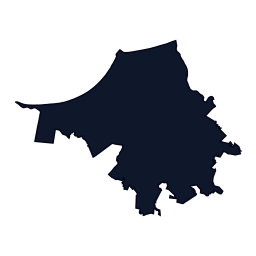 outline of Centla, Tabasco, Mexico
{"feature_id": "50627088B3950990861765", "entity_name": "Centla", "entity_type": "district", "adm_level": 2, "iso_a3": "MEX", "parent_name": "Mexico", "parent_adm1": "Tabasco", "projection": "robinson", "projection_center": [-92.665, 18.354], "detail": "fine", "context": "isolated", "style": "filled", "palette": "ink", "viewbox_px": 256, "rotation_deg": 0, "n_neighbors": 0, "source": "geoboundaries", "source_scale": "gbopen_adm2", "svg_char_len": 5846}
<svg xmlns="http://www.w3.org/2000/svg" viewBox="0 0 256 256"><path d="M175.7,40.7L172.0,41.9L167.0,43.9L150.5,48.6L143.9,50.0L141.5,50.4L133.4,51.9L128.6,52.6L126.0,52.7L124.6,52.7L123.7,52.5L122.7,52.1L121.6,51.2L120.2,50.1L119.8,50.0L116.8,53.6L116.2,54.6L116.7,56.2L116.5,57.1L115.8,58.6L114.6,60.9L114.1,61.7L113.9,62.4L111.8,65.7L110.9,67.8L108.2,71.7L105.9,75.1L101.0,80.8L98.4,83.5L94.4,87.2L91.2,89.7L88.5,91.7L84.7,94.0L84.3,94.2L84.0,94.4L84.0,94.5L83.7,94.5L82.0,95.5L81.3,95.8L78.2,97.3L73.7,99.3L71.8,99.9L69.9,100.7L64.7,102.3L59.4,103.4L52.4,104.2L52.0,104.1L46.2,104.7L45.8,104.7L43.5,104.9L43.2,104.9L42.7,105.0L39.2,105.2L32.7,105.3L28.1,105.1L25.4,104.8L24.0,104.5L22.0,103.9L17.8,102.2L15.4,101.9L18.6,104.0L21.4,106.5L23.0,107.4L23.8,107.6L26.4,106.9L27.7,106.9L28.6,107.3L30.2,108.4L31.1,108.6L31.7,108.5L33.0,107.9L33.7,107.7L35.0,107.6L35.8,107.9L38.3,109.5L40.0,110.8L40.5,111.3L40.7,113.3L40.5,113.5L40.3,113.6L39.1,120.4L37.6,127.3L35.0,141.3L53.0,143.0L55.2,129.3L57.1,129.4L58.2,129.8L59.6,130.0L61.4,132.1L62.7,134.0L63.5,134.3L64.7,134.6L66.1,135.2L66.5,135.5L67.9,137.1L69.0,138.1L69.3,137.7L69.4,136.5L69.2,135.0L69.9,134.7L70.2,134.4L70.9,133.5L71.3,132.6L71.6,132.5L72.2,132.7L72.7,131.8L73.0,131.5L73.5,131.5L75.1,132.7L74.9,133.4L74.4,134.1L74.3,134.5L74.6,135.0L75.2,135.7L75.5,135.8L76.1,135.7L76.8,135.9L77.2,136.2L77.4,136.9L77.8,137.1L78.4,137.2L79.8,137.0L80.8,136.5L81.5,136.0L82.2,136.5L82.4,136.9L82.6,137.8L82.9,138.2L83.9,139.1L85.1,139.7L85.4,140.1L86.2,140.9L86.5,141.6L87.1,142.0L87.2,142.5L87.1,142.9L87.9,143.6L88.3,144.4L88.4,144.7L87.9,145.8L87.9,146.0L88.3,146.4L89.1,146.8L89.1,147.0L91.5,152.9L93.2,157.0L95.5,155.6L112.2,143.2L115.9,144.1L119.4,144.6L123.0,145.2L122.5,148.2L121.2,151.0L119.9,152.7L119.5,154.6L119.2,155.1L118.4,155.9L118.0,156.1L117.2,157.0L116.8,159.5L116.8,160.7L117.7,160.8L117.8,161.8L118.1,163.4L118.1,164.2L114.4,167.8L112.0,170.9L108.7,174.4L111.8,177.2L114.6,178.5L115.5,179.4L116.1,179.4L117.4,179.0L117.7,178.5L117.8,179.2L122.1,180.5L123.7,178.0L124.4,179.2L124.0,179.5L123.9,180.2L124.0,180.9L123.7,181.5L122.5,182.1L122.2,182.5L122.2,182.8L122.4,183.3L123.1,183.9L123.6,184.7L123.6,185.3L123.3,185.9L123.2,186.2L123.5,186.5L124.5,187.0L124.6,187.3L124.2,188.2L124.2,188.8L124.3,189.2L125.5,189.1L127.2,189.6L129.2,185.2L132.6,189.1L134.3,187.8L134.5,189.6L136.2,191.5L137.4,193.5L137.3,194.8L137.0,195.4L136.5,195.6L136.0,208.0L140.3,208.9L139.6,211.7L139.9,211.7L139.6,212.6L139.8,213.3L140.2,213.6L140.9,213.8L142.1,213.2L142.7,213.3L143.2,213.8L143.4,215.3L144.6,215.0L145.6,214.4L150.9,213.0L153.4,213.6L153.8,208.8L154.3,208.9L154.8,208.8L155.3,208.9L156.2,209.9L156.8,210.3L157.3,210.4L158.1,210.2L158.4,210.3L158.7,211.3L159.2,212.2L159.1,212.7L158.6,213.7L158.6,214.2L159.1,214.6L160.1,215.2L160.1,214.4L159.9,212.6L159.7,210.2L156.6,209.0L156.0,208.1L155.0,208.0L155.0,205.7L154.0,203.6L155.6,202.5L155.6,201.8L155.4,201.7L155.4,201.4L161.2,190.2L161.3,190.2L161.2,189.5L160.5,188.7L160.1,188.5L159.3,188.7L158.9,188.5L158.3,186.7L158.3,186.2L158.5,184.6L158.9,184.4L159.3,184.3L161.7,182.4L162.8,182.1L163.2,181.7L163.4,181.7L163.7,181.9L163.9,182.6L164.0,182.7L165.1,182.2L165.7,182.3L166.1,182.7L167.0,182.4L167.1,182.5L167.3,182.8L167.2,183.3L167.8,185.7L166.5,188.7L167.8,189.1L168.4,189.0L174.6,194.8L175.1,197.2L173.5,197.3L170.1,195.7L169.8,197.8L177.5,198.6L177.1,202.0L181.4,203.2L182.8,203.5L183.4,203.2L184.0,202.7L193.6,196.4L195.2,195.4L195.7,195.1L196.2,194.2L196.1,193.6L194.9,193.3L194.0,192.5L194.1,191.7L194.4,190.9L194.9,192.2L195.0,192.2L194.8,190.4L194.1,190.1L193.7,190.3L193.4,189.9L193.5,189.1L193.5,188.8L191.8,188.1L191.5,187.8L190.2,186.9L189.7,186.5L189.8,185.9L197.0,184.8L197.5,185.9L200.9,189.7L200.6,192.8L201.9,193.2L203.5,193.4L204.8,194.0L205.2,194.3L206.1,195.3L206.6,195.6L207.6,195.7L208.2,195.5L208.5,194.8L208.8,193.7L209.2,193.5L209.7,193.5L210.3,193.7L211.1,192.5L211.7,192.4L212.3,192.4L213.2,192.8L213.4,192.4L213.7,192.0L213.8,190.7L214.5,191.3L214.6,191.0L215.0,190.7L215.3,190.7L215.8,191.0L217.8,192.6L219.1,193.2L220.0,193.7L221.0,193.7L221.4,193.4L221.8,192.9L222.7,191.2L218.9,187.2L214.2,186.0L212.5,181.3L213.0,177.2L215.5,170.4L215.4,170.3L215.1,169.3L214.6,170.1L210.8,167.9L213.5,165.0L213.5,164.2L214.4,164.1L215.7,162.6L214.8,161.7L215.4,161.0L214.8,160.1L213.6,161.3L212.9,159.7L213.7,159.1L214.1,157.3L214.3,157.2L214.6,156.7L214.4,156.4L216.4,155.2L217.0,156.3L220.0,156.9L220.5,156.2L223.6,151.2L226.4,152.4L227.2,153.1L227.8,153.6L230.7,153.9L235.3,154.8L240.3,153.7L239.6,151.1L240.6,150.9L238.5,149.5L239.7,149.0L238.6,146.5L234.8,143.6L234.8,144.1L233.2,147.1L232.5,146.9L231.6,146.3L229.6,145.8L229.6,145.6L232.5,144.9L231.9,144.4L231.5,143.4L230.3,142.0L228.8,143.7L223.3,142.4L222.0,142.0L219.8,141.7L225.9,135.7L220.0,129.7L220.2,129.0L220.8,128.2L219.1,127.8L219.2,127.4L219.2,126.7L218.1,126.7L217.8,126.5L217.6,125.3L217.7,125.0L217.3,124.8L216.8,125.6L216.7,124.9L216.6,124.7L216.1,124.2L215.7,124.1L215.6,123.6L216.1,122.0L215.7,121.4L215.4,121.5L215.3,122.0L205.3,116.0L212.4,108.3L215.3,106.4L215.0,105.6L213.6,104.3L213.0,103.5L211.9,99.8L213.6,99.3L213.3,98.1L213.1,97.6L212.4,97.0L212.0,96.7L211.2,96.6L210.1,97.0L209.3,97.4L208.9,97.8L207.7,99.4L206.7,101.3L206.4,101.8L205.6,102.0L205.1,102.0L203.9,101.4L203.4,101.0L203.3,100.7L203.2,100.1L203.2,99.4L203.6,97.7L203.4,97.1L202.9,96.3L202.1,95.4L199.5,94.0L197.8,92.0L197.1,91.5L196.3,91.1L193.8,91.2L192.8,91.1L190.6,89.9L190.0,89.3L189.7,88.8L189.3,87.7L188.5,86.2L187.6,83.3L186.8,81.7L186.5,80.7L186.5,79.2L186.7,77.8L187.3,75.6L187.3,71.8L187.2,70.6L186.6,68.3L186.0,66.8L185.5,65.8L183.9,63.2L183.7,62.4L183.0,61.1L181.4,58.7L180.7,57.4L179.9,55.7L180.0,54.7L179.0,53.3L177.2,51.8L176.5,50.8L176.1,49.5L176.1,48.1L176.6,45.5L176.4,44.9L175.7,40.7Z" fill="#0f172a" stroke="#020617" stroke-width="1.5"/></svg>